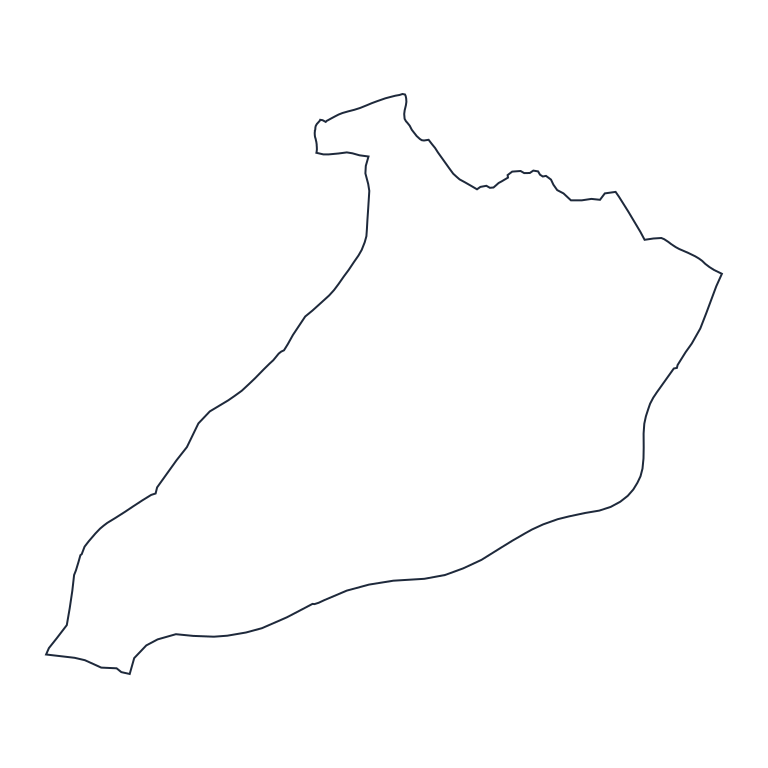 Ibadan South East, Oyo, Nigeria
{"feature_id": "59680162B26854390786792", "entity_name": "Ibadan South East", "entity_type": "district", "adm_level": 2, "iso_a3": "NGA", "parent_name": "Nigeria", "parent_adm1": "Oyo", "projection": "mercator", "projection_center": [3.898, 7.355], "detail": "fine", "context": "isolated", "style": "outline", "palette": "slate", "viewbox_px": 768, "rotation_deg": 0, "n_neighbors": 0, "source": "geoboundaries", "source_scale": "gbopen_adm2", "svg_char_len": 3126}
<svg xmlns="http://www.w3.org/2000/svg" viewBox="0 0 768 768"><path d="M405.0,94.5L402.5,94.0L399.4,95.0L395.4,95.7L390.3,97.0L385.4,98.3L377.1,101.2L371.7,103.2L367.2,105.1L360.0,108.0L354.3,109.8L348.1,111.4L342.5,113.0L338.7,114.5L335.0,116.4L330.9,118.6L328.2,120.1L326.8,120.8L325.7,121.9L322.6,120.2L320.2,119.8L319.9,120.6L318.3,122.4L317.2,123.6L316.9,123.9L315.8,125.8L315.4,127.4L315.3,129.1L315.2,129.8L314.8,130.9L314.9,131.4L314.8,132.2L314.7,132.8L314.8,135.1L315.0,136.8L315.7,139.1L316.0,140.7L316.3,141.8L316.5,143.2L316.7,144.7L316.7,145.9L316.8,146.6L316.9,149.3L316.7,151.3L316.4,152.8L323.4,154.4L328.6,154.4L338.4,153.5L346.8,152.4L352.4,153.3L359.5,155.3L368.5,156.5L365.8,165.9L365.4,173.4L368.2,184.0L369.3,190.9L368.2,208.4L367.4,220.3L366.9,229.2L366.4,236.2L364.7,242.3L361.7,249.9L358.5,255.5L353.9,262.1L350.9,266.6L348.7,269.9L343.8,276.5L338.5,284.1L334.0,290.1L329.1,295.5L312.4,310.6L305.2,316.5L292.9,335.0L287.9,344.0L284.0,350.3L281.2,351.6L278.7,353.6L273.3,360.2L269.7,363.5L263.4,369.7L255.1,378.2L248.6,384.4L241.7,390.8L238.8,392.9L234.5,396.0L228.3,400.3L209.8,411.4L198.4,423.4L186.9,447.1L176.5,460.3L157.1,487.4L155.6,493.5L151.2,494.9L142.6,500.2L133.1,506.4L125.2,511.7L115.3,518.0L107.4,522.8L103.7,525.6L100.1,528.6L95.4,533.5L88.8,541.2L84.6,546.6L81.7,554.2L80.4,555.2L78.4,562.3L75.9,570.5L74.1,575.0L72.3,590.9L69.7,608.3L66.8,625.1L56.7,638.3L48.9,648.1L46.1,654.5L74.6,657.8L84.9,660.2L101.2,667.6L116.6,668.3L121.3,672.1L129.7,674.0L134.2,658.1L146.3,645.4L157.6,639.4L175.9,634.2L193.2,635.9L213.9,636.7L227.3,635.7L246.0,632.5L261.9,628.2L286.9,617.3L312.5,603.9L314.5,604.1L318.6,602.8L324.4,600.1L346.8,590.6L369.0,584.6L393.3,580.7L424.4,578.8L445.0,575.0L463.1,568.4L481.4,559.9L500.8,547.8L512.5,540.6L525.5,533.1L532.0,529.5L543.1,524.4L557.7,519.2L569.0,516.4L585.0,513.0L599.3,510.6L610.7,506.9L620.3,501.7L627.8,495.8L633.3,489.5L637.4,482.8L640.5,476.3L642.5,468.6L643.5,458.4L643.7,447.6L643.6,433.5L644.3,423.7L645.9,416.3L648.2,409.2L650.1,403.7L653.3,397.6L655.8,393.9L656.5,392.8L673.8,368.5L676.9,367.9L677.6,365.0L685.6,352.2L691.8,343.5L700.3,328.5L706.4,312.8L716.3,286.2L721.9,273.8L714.1,270.0L709.5,267.1L705.3,263.9L702.2,260.9L698.9,258.5L695.2,256.3L688.2,252.9L679.2,249.0L675.7,247.1L671.3,244.2L668.3,241.9L664.2,239.2L661.3,238.0L653.4,238.5L644.6,239.8L640.4,231.9L628.3,211.6L619.0,196.8L615.6,191.9L604.8,193.4L600.0,199.8L591.4,198.9L582.0,200.3L570.9,200.3L563.5,193.4L557.2,190.1L553.4,184.7L551.0,179.6L546.0,175.9L542.8,176.5L540.0,174.7L538.1,171.4L533.3,170.6L529.8,173.0L524.2,173.1L520.6,171.0L512.2,171.6L507.6,175.1L508.0,177.6L501.6,181.4L498.6,183.0L496.5,184.9L493.5,187.5L489.9,187.8L486.4,185.8L480.4,186.9L477.0,189.3L471.2,185.9L465.1,182.4L459.6,179.4L456.6,176.8L453.2,173.7L449.1,168.1L437.9,152.4L435.1,148.0L432.0,144.2L428.6,139.8L424.0,140.5L421.8,140.2L419.9,139.0L416.7,136.1L411.8,129.8L409.7,125.7L407.2,122.6L406.0,121.3L404.6,118.8L404.2,114.0L404.7,110.1L405.0,109.0L405.9,105.2L406.4,101.8L406.3,100.7L406.3,100.4L406.2,98.6L405.7,96.1L405.0,94.5Z" fill="none" stroke="#1e293b" stroke-width="2"/></svg>